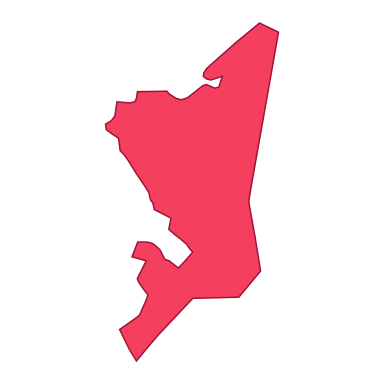 Boumdeid, Assaba, Mauritania
{"feature_id": "47542326B4408163770822", "entity_name": "Boumdeid", "entity_type": "district", "adm_level": 2, "iso_a3": "MRT", "parent_name": "Mauritania", "parent_adm1": "Assaba", "projection": "robinson", "projection_center": [-11.369, 17.747], "detail": "fine", "context": "isolated", "style": "filled", "palette": "rose", "viewbox_px": 384, "rotation_deg": 0, "n_neighbors": 0, "source": "geoboundaries", "source_scale": "gbopen_adm2", "svg_char_len": 1115}
<svg xmlns="http://www.w3.org/2000/svg" viewBox="0 0 384 384"><path d="M273.9,30.0L261.7,24.1L259.5,23.0L257.7,24.6L236.7,41.8L206.8,68.3L203.8,72.9L203.3,76.4L206.8,79.0L210.8,80.0L222.3,76.4L218.8,87.1L214.8,88.1L206.4,84.6L202.9,85.6L187.4,97.8L181.2,99.8L175.9,98.3L168.8,93.7L167.0,91.2L137.4,91.7L136.5,98.3L134.7,101.8L129.4,102.9L117.0,101.8L114.8,116.1L111.3,120.7L105.5,124.2L106.4,129.8L113.3,134.8L118.3,137.9L119.2,143.0L120.1,150.6L124.5,155.2L128.6,161.1L135.7,172.6L145.7,187.5L148.9,192.8L150.6,200.3L152.9,202.9L154.2,209.5L159.0,212.0L171.0,218.1L168.8,229.3L174.3,234.2L179.9,238.5L186.5,244.1L189.6,248.6L192.7,252.2L184.3,261.8L178.3,268.0L169.0,260.7L164.8,259.3L159.9,249.7L153.7,244.1L149.7,242.5L145.3,242.0L137.8,242.0L132.0,256.8L146.2,260.8L137.3,278.6L138.7,282.2L139.6,283.6L140.8,285.2L144.0,289.8L148.0,294.9L146.2,300.0L139.5,315.2L135.5,318.3L119.6,329.5L129.3,349.3L136.4,361.0L148.5,346.4L157.7,335.6L192.8,298.3L238.8,297.2L260.6,271.0L255.0,236.6L248.9,202.9L249.0,199.8L250.8,188.8L270.6,77.1L278.5,32.2L273.9,30.0Z" fill="#f43f5e" stroke="#9f1239" stroke-width="1.5"/></svg>